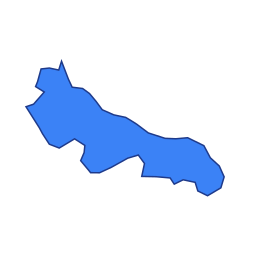 Dong-gu, South Chungcheong, South Korea, rotated 282°
{"feature_id": "91817680B53543824194985", "entity_name": "Dong-gu", "entity_type": "district", "adm_level": 2, "iso_a3": "KOR", "parent_name": "South Korea", "parent_adm1": "South Chungcheong", "projection": "natural_earth1", "projection_center": [127.479, 36.306], "detail": "fine", "context": "isolated", "style": "filled", "palette": "blue", "viewbox_px": 256, "rotation_deg": 282, "n_neighbors": 0, "source": "geoboundaries", "source_scale": "gbopen_adm2", "svg_char_len": 763}
<svg xmlns="http://www.w3.org/2000/svg" viewBox="0 0 256 256"><g transform="rotate(282 128 128)"><path d="M149.3,29.0L145.8,38.6L131.7,30.7L127.6,23.8L109.8,41.2L104.6,45.6L95.8,54.4L94.1,64.9L106.3,78.0L102.0,89.4L94.9,90.2L86.2,88.5L78.5,98.3L76.5,100.7L78.3,109.5L86.2,120.0L98.4,134.0L103.7,143.7L96.7,151.5L83.5,151.5L86.2,165.6L87.9,179.6L82.7,184.9L88.8,192.7L88.8,205.0L80.9,209.4L78.3,219.9L88.8,231.3L100.2,232.2L109.8,225.2L116.0,214.7L126.5,205.9L129.5,193.9L130.9,188.4L127.4,177.0L125.6,166.4L127.4,148.9L133.5,135.8L136.1,128.8L137.9,123.5L137.9,111.3L140.5,99.0L147.5,91.1L153.7,83.2L157.2,75.4L156.3,64.9L163.3,59.6L179.5,49.1L170.3,48.2L170.3,38.6L167.7,30.7L154.5,29.9L149.3,29.0Z" fill="#3b82f6" stroke="#1e3a8a" stroke-width="1.5"/></g></svg>